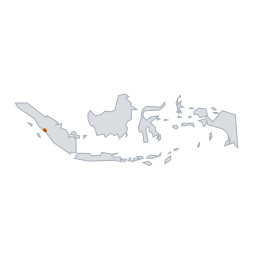 Padang Pariaman, Sumatera Barat, Indonesia shown in context, rotated 352°
{"feature_id": "22746128B3683779023382", "entity_name": "Padang Pariaman", "entity_type": "district", "adm_level": 2, "iso_a3": "IDN", "parent_name": "Indonesia", "parent_adm1": "Sumatera Barat", "projection": "orthographic", "projection_center": [100.243, -0.567], "detail": "fine", "context": "in_parent", "style": "filled", "palette": "amber", "viewbox_px": 256, "rotation_deg": 352, "n_neighbors": 0, "source": "geoboundaries", "source_scale": "gbopen_adm2", "svg_char_len": 4339}
<svg xmlns="http://www.w3.org/2000/svg" viewBox="0 0 256 256"><g transform="rotate(352 128 128)"><path d="M93.1,105.5L97.5,111.5L104.0,110.7L107.4,108.0L113.1,109.6L117.5,108.5L123.0,94.6L130.0,93.9L133.3,97.2L129.8,97.5L134.9,104.2L133.5,105.6L139.4,111.0L134.2,110.4L132.5,119.9L128.4,121.3L126.1,125.1L127.5,127.7L126.0,131.9L118.2,137.2L116.5,132.5L113.4,133.6L110.1,130.9L104.2,134.0L103.4,130.7L96.2,131.0L94.9,122.4L91.2,120.0L89.6,114.1L90.3,108.3L93.1,105.5ZM19.9,87.5L31.7,89.3L46.8,104.7L48.7,105.9L49.5,104.3L59.6,112.9L57.2,114.7L62.9,114.4L61.7,118.8L66.4,121.2L68.8,126.5L67.9,129.1L71.6,128.0L74.9,131.7L73.3,145.5L67.7,144.0L67.5,146.0L52.2,132.0L45.7,120.1L39.9,114.1L37.0,106.3L21.7,92.1L19.9,87.5ZM236.1,129.9L233.9,162.9L230.6,158.2L231.1,156.9L226.2,158.4L227.3,155.1L226.0,153.4L226.5,153.2L227.3,153.3L227.8,153.1L225.6,151.8L226.7,151.4L225.0,145.4L220.9,141.7L207.5,135.8L207.0,131.9L205.0,136.2L202.9,137.0L202.3,133.1L199.0,130.5L206.5,129.7L207.5,127.1L200.6,127.7L199.0,124.2L194.9,123.5L196.1,120.6L201.0,118.1L207.8,120.1L208.6,128.1L212.9,133.6L223.7,124.0L236.1,129.9ZM167.4,111.0L162.1,114.5L147.0,113.3L145.2,114.7L144.6,118.9L147.4,123.0L151.8,120.3L160.6,120.1L150.7,125.6L155.1,130.9L154.8,134.5L157.6,138.5L151.5,140.3L151.7,136.9L148.3,134.0L149.2,130.1L147.3,129.6L145.4,131.1L145.9,144.5L141.7,144.6L142.2,136.6L141.5,133.9L138.6,133.3L138.3,129.9L141.9,120.6L143.5,120.4L142.9,116.5L145.5,111.1L149.4,109.3L162.9,111.8L168.3,107.5L167.4,111.0ZM75.0,146.0L86.3,147.9L88.0,150.5L96.7,151.3L98.8,148.6L107.2,151.2L109.5,154.9L116.3,155.6L116.1,158.7L117.0,160.6L110.6,158.1L84.1,155.2L70.8,150.7L75.0,146.0ZM180.4,111.8L184.7,108.2L182.8,112.4L185.7,115.1L181.1,114.7L183.5,120.8L180.2,117.4L179.0,110.4L181.7,105.0L180.4,111.8ZM182.3,130.8L192.9,132.2L193.8,135.9L189.6,133.2L183.7,133.8L182.0,132.3L180.9,134.0L182.3,130.8ZM156.3,159.9L148.0,161.5L142.2,160.3L146.1,158.0L154.1,160.0L157.0,157.3L156.3,159.9ZM132.5,157.5L138.1,158.2L139.0,160.1L127.7,161.8L129.6,158.6L133.4,160.4L134.7,159.7L132.5,157.5ZM166.0,161.6L166.0,165.3L159.7,168.5L160.2,165.0L166.0,161.6ZM75.0,124.4L76.6,128.5L78.9,129.0L78.1,131.5L74.7,130.3L73.6,127.0L70.3,126.3L72.0,123.9L75.0,124.4ZM224.8,158.6L221.2,159.1L223.3,155.0L226.1,154.1L226.8,155.7L224.8,158.6ZM143.0,163.7L145.5,165.4L146.5,167.4L143.9,168.1L138.0,164.4L143.0,163.7ZM176.3,131.9L177.9,134.7L175.4,135.7L172.5,133.6L172.7,132.0L176.3,131.9ZM116.5,157.5L122.5,158.8L119.7,161.0L116.5,157.5ZM126.0,157.7L126.7,161.2L123.2,160.7L126.0,157.7ZM85.9,129.6L82.9,132.3L83.1,129.0L85.9,129.6ZM209.6,144.0L210.0,148.4L208.8,148.6L208.0,145.4L209.6,144.0ZM114.8,151.4L110.1,152.7L108.1,152.0L114.8,151.4ZM159.0,139.3L158.9,143.3L156.3,144.9L157.5,139.6L159.0,139.3ZM29.3,108.6L33.6,110.9L33.0,113.0L29.3,108.6ZM39.9,124.9L38.2,124.1L37.4,120.8L38.7,120.7L39.9,124.9ZM194.9,157.0L194.2,155.4L196.6,152.5L196.4,155.1L194.9,157.0ZM192.2,116.6L196.5,117.8L191.6,117.3L192.2,116.6ZM165.1,124.6L169.3,125.7L164.7,125.6L165.1,124.6ZM157.0,141.2L154.7,143.2L156.8,139.6L157.0,141.2ZM213.7,119.7L215.9,120.1L217.8,122.0L215.9,122.4L213.7,119.7ZM175.0,155.2L173.4,156.6L170.4,156.8L171.3,155.2L175.0,155.2ZM209.2,149.2L208.1,151.2L207.2,151.2L207.5,147.9L209.2,149.2ZM182.3,124.7L179.6,125.0L178.8,124.3L180.0,123.0L182.3,124.7ZM214.1,124.5L217.1,124.9L219.9,125.6L217.2,126.1L214.1,124.5ZM158.1,122.1L160.9,123.5L158.0,124.2L158.1,122.1ZM184.3,104.8L182.5,104.5L184.2,102.9L184.3,104.8ZM163.7,158.9L166.9,157.8L167.2,158.5L163.7,158.9ZM192.1,124.9L191.6,126.7L189.3,125.8L190.5,125.2L192.1,124.9ZM126.2,135.2L124.9,136.4L126.0,132.6L126.2,135.2ZM179.7,117.8L181.1,120.3L180.5,120.7L178.4,118.7L179.7,117.8Z" fill="#d9dde1" stroke="#a8b0b8" stroke-width="1"/><path d="M44.0,118.0L44.2,118.3L44.4,118.4L44.4,118.5L44.5,118.6L44.6,118.8L44.6,118.7L44.8,118.7L44.8,118.8L45.0,118.9L45.0,119.0L44.9,119.2L44.9,119.3L45.0,119.3L45.2,119.5L45.3,119.6L45.5,119.8L45.6,120.0L45.8,120.0L45.8,119.9L46.0,119.8L46.1,119.7L46.3,119.7L46.5,119.6L46.4,119.5L46.4,119.4L46.4,119.2L46.2,119.1L46.2,118.9L46.3,118.9L46.3,118.7L46.2,118.7L46.1,118.4L45.9,118.3L45.8,118.2L45.7,118.0L45.5,118.3L45.4,118.2L45.2,118.0L45.1,117.9L44.9,117.8L45.0,117.7L44.9,117.7L44.7,117.5L44.4,117.6L44.2,117.7L44.1,117.8L44.0,118.0L44.0,118.0Z" fill="#f59e0b" stroke="#b45309" stroke-width="1.5"/></g></svg>